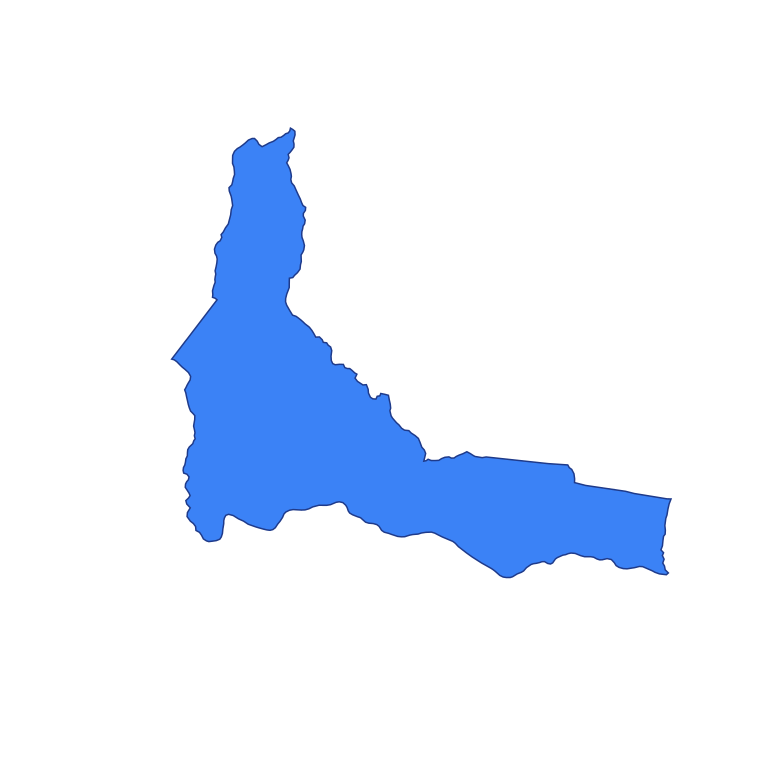 Araçatuba, São Paulo, Brazil (orthographic projection), rotated 160°
{"feature_id": "56859067B55105103100347", "entity_name": "Araçatuba", "entity_type": "district", "adm_level": 2, "iso_a3": "BRA", "parent_name": "Brazil", "parent_adm1": "São Paulo", "projection": "orthographic", "projection_center": [-50.576, -21.143], "detail": "fine", "context": "isolated", "style": "filled", "palette": "blue", "viewbox_px": 768, "rotation_deg": 160, "n_neighbors": 0, "source": "geoboundaries", "source_scale": "gbopen_adm2", "svg_char_len": 5391}
<svg xmlns="http://www.w3.org/2000/svg" viewBox="0 0 768 768"><g transform="rotate(160 384 384)"><path d="M602.5,295.8L599.0,295.0L595.2,294.2L591.4,294.3L589.2,295.9L586.9,298.9L585.0,302.9L582.4,307.5L581.3,310.4L579.7,312.8L577.5,314.7L574.6,314.7L570.7,312.0L566.8,307.0L562.9,303.2L559.6,298.7L553.4,293.6L551.0,291.8L547.1,289.0L543.9,286.9L541.1,285.5L538.3,285.2L535.3,286.1L531.7,288.8L528.6,290.6L525.0,293.3L522.4,296.1L519.9,297.3L516.0,297.7L512.4,297.1L504.7,293.8L501.2,292.7L497.3,292.4L493.0,292.9L490.0,292.6L486.5,292.3L481.8,290.5L479.3,289.6L475.5,288.9L469.4,289.2L466.3,288.6L463.2,286.6L461.4,283.2L460.9,280.5L461.0,277.0L460.4,274.5L458.3,271.9L454.5,268.5L451.8,266.4L450.3,263.6L448.6,260.5L446.0,258.5L441.8,256.5L438.8,254.3L437.3,251.9L436.3,247.3L434.5,244.7L432.5,243.3L430.5,241.9L428.5,240.2L423.3,236.1L419.8,234.4L416.7,233.4L411.6,233.2L408.4,232.7L405.8,232.0L403.2,231.3L399.9,231.2L395.4,230.3L390.1,228.6L387.3,226.5L384.9,223.9L381.6,220.4L373.1,212.5L371.5,210.0L369.7,205.7L364.2,197.0L360.3,191.3L353.5,182.4L346.7,174.5L345.1,172.4L343.7,170.2L340.6,164.5L338.1,161.9L335.2,160.3L331.6,159.0L329.1,158.9L323.7,160.0L319.3,160.1L316.7,160.6L312.9,162.7L307.5,164.1L304.9,164.0L302.2,163.4L298.9,163.0L296.4,163.0L293.9,162.2L291.6,159.4L289.1,157.9L286.7,158.2L282.7,161.0L280.4,161.6L274.5,162.0L271.6,161.5L269.0,161.6L266.1,161.2L262.3,159.4L257.7,155.3L254.6,153.1L249.0,151.1L246.2,149.5L243.8,146.8L241.5,145.0L239.1,144.2L234.1,143.6L230.4,141.3L228.7,137.3L228.0,134.0L225.9,131.3L222.3,128.7L218.8,127.2L211.2,125.7L206.4,125.2L203.4,123.9L199.8,120.5L195.7,116.6L193.8,114.4L190.2,111.4L183.9,108.2L181.4,109.2L183.3,113.2L182.7,117.0L183.3,120.4L180.7,123.6L181.1,127.6L179.0,129.8L180.5,133.4L177.7,136.7L175.3,141.7L173.4,145.3L171.2,146.7L169.6,150.4L168.5,154.9L165.1,161.4L162.9,164.1L160.0,169.3L157.0,173.9L153.6,177.8L157.4,179.3L176.3,189.9L186.3,195.5L193.8,200.6L229.2,219.7L238.7,226.2L237.3,229.7L236.2,234.7L236.8,239.5L238.5,242.0L239.0,245.1L256.9,253.0L276.3,262.5L313.0,280.5L316.9,281.2L320.8,283.4L323.3,284.8L324.9,286.7L326.7,289.1L329.3,292.0L333.7,291.5L337.7,291.5L340.9,291.2L343.4,290.5L346.0,291.3L347.9,293.3L351.8,294.3L355.5,294.2L358.6,293.5L362.2,294.6L365.9,296.0L368.3,298.2L370.6,297.5L373.0,297.9L370.7,301.3L368.6,304.5L368.7,308.2L370.1,311.7L370.1,316.9L370.3,321.1L372.4,324.9L375.2,328.6L376.6,331.7L380.5,333.6L382.6,336.4L383.9,340.4L385.5,343.3L386.6,346.2L387.7,349.1L388.2,351.6L387.6,356.9L386.0,359.0L385.0,363.0L384.5,367.0L383.7,371.9L386.7,374.0L390.3,376.2L391.9,374.3L394.6,374.8L396.7,372.6L399.6,373.9L401.3,376.2L401.7,380.8L400.7,384.5L400.8,389.4L404.1,390.3L408.0,395.5L409.2,399.4L406.1,402.5L407.7,404.4L409.5,407.9L410.9,410.2L413.2,411.1L415.2,412.8L415.5,416.3L419.0,417.7L423.3,418.8L425.2,420.7L425.5,424.1L424.3,428.2L421.7,433.2L421.5,437.0L423.2,439.6L423.8,442.3L426.8,443.9L426.9,446.7L428.6,450.3L432.1,451.4L432.7,455.4L433.4,458.9L434.7,462.9L437.6,467.5L438.8,470.0L440.1,472.4L442.0,475.5L443.5,477.7L446.4,480.0L447.5,485.5L448.5,491.5L448.4,494.9L447.1,498.1L444.6,501.8L440.1,507.0L438.9,510.2L437.8,513.1L436.7,515.8L433.3,515.2L430.9,516.7L427.3,518.2L423.6,520.7L421.7,524.6L419.8,527.4L418.8,530.6L417.8,533.6L415.3,535.6L413.5,537.5L411.4,541.3L410.9,545.9L410.9,549.9L410.2,552.6L409.1,555.2L407.4,557.6L406.1,560.0L403.8,561.7L402.0,565.0L402.4,569.4L401.4,571.9L398.5,574.0L397.2,576.8L399.1,579.4L399.4,582.6L399.4,586.5L399.9,591.2L400.3,596.4L400.6,600.8L402.0,604.6L401.6,608.1L400.0,610.8L399.4,613.6L398.9,617.7L399.3,622.0L399.8,625.1L397.6,627.0L395.9,629.0L395.5,632.6L393.0,633.8L390.7,635.2L387.7,637.3L386.5,640.3L386.1,643.5L384.3,645.9L382.4,648.5L381.3,652.0L382.7,654.4L384.4,656.4L386.0,654.0L388.2,652.7L390.9,652.8L393.2,651.9L396.3,651.1L399.1,651.7L401.9,650.7L405.0,649.9L409.5,649.8L413.0,649.2L417.4,648.7L419.6,652.0L420.1,655.6L421.7,659.0L424.0,659.8L428.0,659.6L432.0,657.9L435.2,656.8L438.3,655.9L441.3,655.4L444.9,653.8L448.0,650.6L449.2,647.6L450.9,643.1L450.8,639.3L451.8,635.2L452.8,631.9L455.4,628.7L456.9,626.1L458.9,623.2L462.5,621.5L463.4,618.3L463.4,615.8L463.4,612.7L463.9,609.5L465.2,603.4L467.9,600.1L470.3,595.3L473.2,591.1L475.6,587.6L479.5,585.0L483.2,581.7L486.0,580.1L486.3,577.2L489.0,574.6L491.7,574.0L494.5,572.1L497.2,568.7L498.1,564.7L497.6,561.6L498.0,558.5L499.6,555.1L501.6,551.7L504.0,548.1L504.5,544.8L506.0,542.3L507.2,540.0L507.8,537.4L510.3,534.5L513.3,530.2L514.3,526.5L515.5,524.1L513.4,522.4L512.1,520.2L546.0,498.5L553.6,493.6L556.4,491.9L558.4,490.6L575.0,480.0L572.8,478.4L571.0,475.7L569.3,471.9L567.8,468.8L566.0,465.8L563.8,461.6L563.1,457.3L564.8,454.1L567.3,452.1L569.5,450.2L571.4,448.3L573.3,446.7L573.3,443.4L573.8,440.2L574.4,435.4L574.9,431.7L575.1,428.2L575.0,424.7L573.5,421.4L572.6,419.0L574.0,415.4L575.9,412.1L577.3,409.6L577.8,405.7L578.3,402.8L579.9,400.3L580.2,397.1L582.2,395.7L584.1,393.3L588.5,391.4L590.9,389.4L592.1,386.9L593.4,383.7L595.8,381.4L597.3,378.5L598.9,376.0L601.0,374.1L602.3,371.6L602.7,368.8L600.0,366.6L599.0,363.4L600.6,360.9L602.8,359.7L604.7,357.9L606.1,354.9L605.3,351.6L604.5,348.0L604.4,345.4L606.7,343.7L610.1,342.2L610.4,338.7L608.4,333.9L612.7,330.4L614.4,326.8L612.9,321.4L610.8,318.0L609.8,314.5L610.8,310.7L608.1,307.7L607.2,304.3L606.7,300.2L604.5,297.3L602.5,295.8Z" fill="#3b82f6" stroke="#1e3a8a" stroke-width="1.5"/></g></svg>